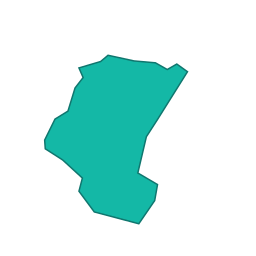 Kirklees, Mercator projection, rotated 137°
{"feature_id": "GBR-5671", "entity_name": "Kirklees", "entity_type": "Metropolitan Borough", "adm_level": 1, "iso_a3": "GBR", "parent_name": "United Kingdom", "parent_adm1": "", "projection": "mercator", "projection_center": [-1.78, 53.64], "detail": "fine", "context": "isolated", "style": "filled", "palette": "teal", "viewbox_px": 256, "rotation_deg": 137, "n_neighbors": 0, "source": "natural_earth", "source_scale": "10m", "svg_char_len": 460}
<svg xmlns="http://www.w3.org/2000/svg" viewBox="0 0 256 256"><g transform="rotate(137 128 128)"><path d="M122.9,205.4L102.7,195.3L93.0,194.8L77.9,173.0L63.5,157.0L59.4,144.0L48.7,141.5L46.1,128.6L101.0,114.0L120.5,109.1L151.5,88.4L145.0,66.5L158.0,56.7L185.4,50.6L209.9,89.6L207.0,115.2L195.5,122.5L197.6,149.2L202.7,169.2L197.2,176.0L175.3,184.3L160.4,181.3L139.4,193.4L126.4,195.5L122.9,205.4Z" fill="#14b8a6" stroke="#0f766e" stroke-width="1.5"/></g></svg>